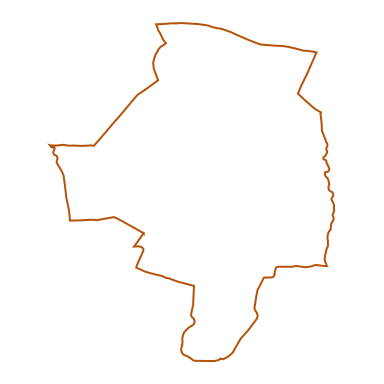 the district of Babati UrbanBabati Urban, Manyara, United Republic of Tanzania
{"feature_id": "72390352B90089128995390", "entity_name": "Babati UrbanBabati Urban", "entity_type": "district", "adm_level": 2, "iso_a3": "TZA", "parent_name": "United Republic of Tanzania", "parent_adm1": "Manyara", "projection": "albers", "projection_center": [35.755, -4.214], "detail": "fine", "context": "isolated", "style": "outline", "palette": "amber", "viewbox_px": 384, "rotation_deg": 0, "n_neighbors": 0, "source": "geoboundaries", "source_scale": "gbopen_adm2", "svg_char_len": 4499}
<svg xmlns="http://www.w3.org/2000/svg" viewBox="0 0 384 384"><path d="M181.2,23.0L178.0,23.3L172.0,23.3L167.7,23.6L161.5,24.1L156.1,24.3L157.3,27.2L158.2,30.3L160.0,33.0L162.1,37.5L163.7,40.5L165.4,42.6L165.9,43.2L163.4,45.2L160.7,46.7L158.5,49.3L155.3,55.2L153.7,60.1L153.2,63.2L153.8,68.6L157.2,77.9L158.1,80.3L146.2,89.0L145.6,89.5L145.5,89.4L143.7,90.7L138.3,94.3L137.6,94.8L136.1,96.4L119.5,116.2L118.2,117.6L113.6,122.8L113.0,123.5L111.0,125.9L105.7,132.2L94.0,145.7L91.1,145.4L86.1,145.7L82.2,145.9L76.1,145.7L74.0,145.5L71.8,145.7L70.2,145.7L66.0,145.3L63.4,144.8L56.9,145.5L52.1,145.5L50.9,145.3L50.6,145.3L49.8,145.1L50.2,145.6L51.6,147.3L52.7,147.6L53.7,147.4L54.3,147.4L54.7,148.1L54.6,148.9L53.9,150.3L53.4,151.6L53.3,153.1L54.1,154.6L55.3,155.2L56.7,155.9L57.3,157.2L57.5,158.8L56.9,160.3L56.7,161.4L56.7,162.8L61.6,170.9L63.5,175.3L64.0,178.4L64.0,178.5L65.0,186.0L66.4,198.0L69.0,210.4L69.7,217.4L70.0,220.4L70.0,220.6L82.0,220.3L89.4,219.8L93.0,219.8L97.2,220.1L101.6,219.3L103.2,219.0L114.1,217.1L120.4,220.1L123.2,221.7L123.3,221.8L130.3,225.7L130.5,225.8L142.6,232.6L143.7,232.8L143.8,234.0L143.6,233.9L143.3,233.7L134.1,246.6L138.5,246.3L141.0,246.8L143.3,248.6L143.4,249.6L143.3,250.9L142.3,253.1L139.9,258.5L137.0,265.0L136.2,267.6L140.5,269.5L144.7,271.5L151.0,273.4L162.1,276.0L165.2,277.6L169.4,278.5L177.3,281.5L193.5,285.8L194.0,285.9L194.0,286.0L193.7,292.6L193.6,293.1L193.2,304.0L193.2,304.8L193.2,305.1L192.6,307.3L191.5,312.1L191.4,312.9L191.1,315.5L191.8,316.9L192.0,317.1L193.3,318.3L193.8,318.8L194.6,321.0L194.6,322.3L193.6,324.5L191.5,325.9L188.3,328.0L186.4,329.9L186.0,330.3L184.4,331.9L183.6,333.7L183.6,333.8L182.9,335.4L182.8,336.1L182.3,338.3L182.5,341.6L182.3,344.1L182.2,344.0L181.1,349.5L181.4,351.5L181.5,351.5L182.7,353.8L184.2,355.1L187.2,356.1L188.5,356.9L190.6,358.2L193.2,360.4L195.8,360.9L202.4,360.9L209.8,361.0L214.4,361.0L218.2,360.2L218.6,360.0L218.7,359.9L219.6,359.4L220.3,358.6L221.3,359.0L223.1,359.2L225.4,358.1L225.8,357.9L227.8,356.8L230.7,354.6L233.1,352.1L234.5,349.4L234.9,348.7L235.0,348.5L240.6,338.7L246.8,331.9L248.5,329.8L248.8,329.5L249.1,329.1L250.4,327.4L256.6,319.1L257.2,317.5L257.7,316.0L257.5,314.9L257.2,313.9L256.8,312.7L256.1,311.7L255.4,310.8L254.6,309.4L254.6,306.6L255.3,302.8L256.0,297.8L257.5,290.2L259.5,286.3L263.0,279.4L263.6,277.9L264.7,277.5L271.1,277.5L273.1,277.0L273.9,276.2L274.0,275.8L274.1,275.7L274.2,275.4L274.6,274.4L274.4,274.4L274.4,274.2L275.6,268.9L276.0,267.6L276.7,267.2L277.6,266.7L291.9,266.8L293.5,266.4L294.2,266.3L295.5,266.1L297.8,266.1L299.8,266.5L304.8,267.2L305.9,267.1L306.0,267.1L308.0,266.9L310.3,266.6L312.6,265.9L314.6,265.2L316.8,265.0L322.1,265.8L326.9,266.1L326.6,265.6L326.2,263.9L325.2,261.7L324.7,259.7L324.8,257.4L325.2,254.9L326.2,250.7L326.5,249.1L327.6,246.8L328.0,245.3L327.9,243.9L327.9,240.6L327.4,238.2L327.6,235.9L328.1,234.0L328.5,232.3L329.3,231.2L330.7,229.2L331.1,223.9L331.6,223.0L332.4,221.6L333.3,220.2L333.7,218.8L333.6,217.9L333.2,216.7L332.7,215.7L332.7,214.4L333.0,213.7L333.1,213.4L333.2,213.0L333.8,212.4L334.1,211.5L334.1,210.5L334.1,209.5L333.9,208.7L333.9,207.3L333.9,207.2L334.0,207.0L334.2,205.8L333.7,204.4L333.3,203.0L332.8,201.8L332.1,200.7L331.5,199.8L331.5,199.2L331.8,197.8L332.7,196.8L333.3,195.4L333.3,194.0L332.3,192.2L329.9,190.9L328.8,189.6L328.5,188.0L328.5,186.6L328.8,185.4L329.2,184.2L328.7,181.6L328.2,179.4L327.4,178.0L326.7,177.5L325.9,176.7L325.2,175.5L325.0,174.4L324.9,173.5L324.9,172.4L326.2,171.9L327.8,171.8L328.3,171.1L329.2,170.2L329.3,168.7L328.9,167.6L328.1,165.8L327.3,164.3L326.6,163.5L326.5,162.3L326.4,161.2L325.8,160.2L324.5,159.6L323.4,158.8L323.3,157.9L323.6,157.1L325.2,156.0L326.2,154.4L327.0,152.6L327.1,151.1L326.8,150.3L326.3,149.5L326.2,148.2L327.3,146.6L327.4,145.1L327.4,144.6L327.0,143.0L326.4,142.5L325.4,139.7L323.5,134.7L321.9,130.6L321.9,130.1L321.9,129.7L321.7,125.7L321.7,124.7L321.7,124.3L321.5,121.8L321.0,118.0L320.5,113.9L321.0,112.4L315.4,109.2L315.2,109.0L311.5,106.0L308.0,102.8L307.9,102.7L304.5,99.9L301.8,97.2L299.6,95.2L297.9,93.6L298.0,93.5L300.5,87.6L301.6,85.0L308.0,71.9L309.3,68.8L316.5,52.4L316.2,52.4L312.8,51.6L305.8,50.7L303.7,50.8L302.0,50.2L300.8,49.9L294.9,48.4L289.1,47.0L287.1,46.7L282.3,46.0L275.6,45.7L264.1,44.8L260.6,44.5L259.7,44.2L257.4,43.4L248.1,39.8L236.9,34.9L230.8,32.1L226.3,30.5L226.1,30.4L221.6,28.8L217.5,28.2L212.5,27.1L210.1,26.3L208.7,25.7L206.1,25.2L198.0,24.1L195.2,23.9L184.3,23.2L181.2,23.0Z" fill="none" stroke="#b45309" stroke-width="2"/></svg>